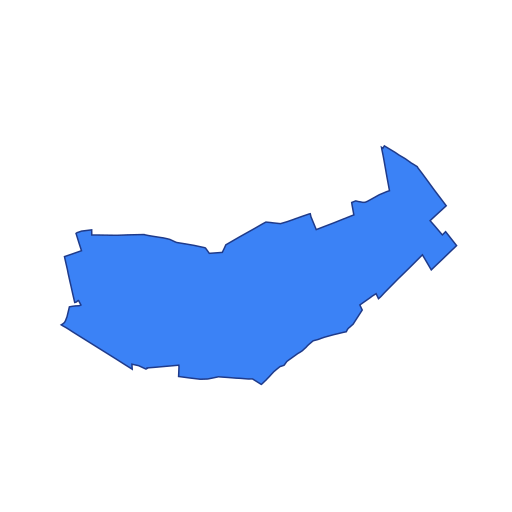 the district of Capleni, Satu Mare, Romania, rotated 32°
{"feature_id": "2599482B91947019128255", "entity_name": "Capleni", "entity_type": "district", "adm_level": 2, "iso_a3": "ROU", "parent_name": "Romania", "parent_adm1": "Satu Mare", "projection": "mercator", "projection_center": [22.539, 47.735], "detail": "fine", "context": "isolated", "style": "filled", "palette": "blue", "viewbox_px": 512, "rotation_deg": 32, "n_neighbors": 0, "source": "geoboundaries", "source_scale": "gbopen_adm2", "svg_char_len": 3222}
<svg xmlns="http://www.w3.org/2000/svg" viewBox="0 0 512 512"><g transform="rotate(32 256 256)"><path d="M91.4,332.2L98.8,338.6L105.2,344.0L104.0,345.5L98.4,352.5L93.9,358.0L96.3,360.5L103.5,367.7L105.9,370.3L111.4,375.9L115.2,379.7L120.3,384.9L123.6,388.2L126.9,391.5L127.2,391.2L127.4,391.0L127.9,390.4L128.2,389.7L128.7,388.1L128.8,387.9L129.3,387.9L133.5,390.3L132.9,391.3L132.1,392.1L129.2,394.1L126.9,396.0L124.7,398.0L127.9,407.6L128.7,411.8L128.8,413.4L128.6,414.6L128.0,416.2L127.3,417.6L129.1,417.6L131.0,417.5L133.0,417.4L136.4,417.4L140.7,417.5L145.3,417.5L159.7,417.5L166.9,417.5L180.1,417.5L192.4,417.5L202.5,417.6L211.0,417.6L208.1,413.5L214.6,411.2L222.6,410.2L223.5,408.6L223.2,408.5L223.9,407.9L228.4,404.6L240.2,395.7L248.4,389.5L249.4,390.8L249.6,391.1L254.2,399.2L263.9,394.8L268.2,392.8L273.9,390.1L275.0,389.4L280.2,385.9L283.4,382.9L288.3,378.2L289.2,377.8L297.1,373.6L303.7,370.2L307.8,367.9L312.1,365.7L314.4,364.5L318.2,362.1L323.5,362.1L328.5,362.1L328.9,361.1L329.8,357.5L329.9,357.1L330.3,355.7L330.5,354.4L330.7,353.5L331.2,351.2L331.8,347.8L332.5,344.3L332.8,343.6L332.9,343.1L333.7,340.7L334.8,337.5L335.0,337.0L335.9,336.0L337.3,334.3L337.7,333.7L337.8,333.3L337.8,332.8L338.0,329.4L338.1,328.9L339.0,326.6L340.0,324.2L341.8,319.8L343.2,316.4L344.2,314.6L345.4,312.0L345.7,311.0L346.2,309.1L346.8,307.1L346.9,306.5L347.2,304.8L347.7,302.9L348.5,300.4L349.2,298.2L349.6,297.4L351.5,295.4L352.9,293.9L354.1,292.4L354.8,291.4L355.8,290.2L356.9,288.8L360.2,285.2L363.8,281.3L366.3,278.8L370.5,274.5L372.7,272.4L372.6,271.3L372.5,270.4L372.5,269.6L372.6,268.5L372.8,267.8L373.1,266.9L373.4,266.1L373.6,265.3L374.4,262.6L374.5,262.3L374.5,259.9L374.6,253.4L374.7,245.5L370.0,242.5L371.9,238.0L373.5,234.2L374.8,231.1L375.9,228.2L376.7,226.6L377.5,225.0L377.8,224.3L382.5,227.3L383.2,225.0L383.6,223.2L384.4,219.0L385.6,213.6L387.8,203.8L388.7,199.7L390.5,192.5L392.3,185.0L393.5,179.9L396.5,166.8L403.4,170.4L412.0,174.9L413.5,168.9L416.1,158.8L416.7,156.3L419.2,146.4L419.7,144.6L420.6,140.9L408.7,136.6L403.9,134.9L402.9,139.3L402.3,139.2L395.4,137.0L391.3,135.7L384.9,133.8L386.5,127.8L389.6,116.6L390.7,112.6L371.8,105.4L365.3,102.8L360.1,100.7L352.8,97.8L346.9,95.6L345.4,94.8L339.4,94.8L339.0,94.9L331.3,94.4L323.7,94.6L319.3,94.4L306.5,94.6L306.5,97.3L304.8,97.3L306.8,99.5L310.7,103.6L313.9,107.1L319.4,113.2L324.8,119.2L330.4,125.3L334.6,129.9L332.6,132.3L331.3,134.2L328.1,138.7L321.5,150.6L320.1,152.6L318.2,153.9L315.5,154.9L313.9,155.6L311.4,156.4L311.0,156.9L308.8,159.9L310.4,161.8L317.2,169.3L316.5,170.2L310.6,178.2L304.4,186.7L298.2,194.9L293.1,201.7L281.8,193.6L279.6,191.4L278.5,192.5L278.3,192.8L274.7,197.2L269.5,203.7L268.7,204.8L264.3,210.3L260.5,214.6L259.6,215.6L252.4,219.1L251.0,219.7L246.4,222.0L244.3,225.7L240.1,233.6L231.7,248.9L224.5,262.5L225.0,266.2L225.5,270.8L215.0,278.5L208.9,276.0L207.9,276.2L197.9,279.8L190.3,282.9L181.5,286.6L179.7,286.9L174.1,287.6L171.3,288.5L167.7,289.8L164.5,291.2L157.2,294.3L153.8,295.7L150.3,297.0L149.9,297.0L147.1,298.8L135.7,306.3L127.9,311.6L120.8,316.0L118.7,317.2L116.6,318.5L113.1,320.6L110.6,322.1L105.6,325.2L102.8,320.9L94.9,327.3L91.9,331.0L91.4,332.2Z" fill="#3b82f6" stroke="#1e3a8a" stroke-width="1.5"/></g></svg>